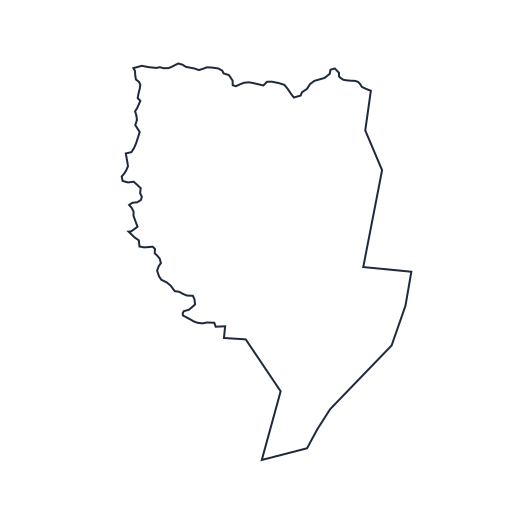 Kuala Krai, Kelantan, Malaysia, rotated 281°
{"feature_id": "92858781B31305353938168", "entity_name": "Kuala Krai", "entity_type": "district", "adm_level": 2, "iso_a3": "MYS", "parent_name": "Malaysia", "parent_adm1": "Kelantan", "projection": "albers", "projection_center": [102.231, 5.431], "detail": "fine", "context": "isolated", "style": "outline", "palette": "slate", "viewbox_px": 512, "rotation_deg": 281, "n_neighbors": 0, "source": "geoboundaries", "source_scale": "gbopen_adm2", "svg_char_len": 1998}
<svg xmlns="http://www.w3.org/2000/svg" viewBox="0 0 512 512"><g transform="rotate(281 256 256)"><path d="M255.6,126.3L251.1,133.2L249.0,138.0L243.1,139.8L243.1,144.3L244.0,147.9L245.4,152.7L243.8,155.4L239.3,156.1L237.7,158.8L235.0,162.0L230.9,164.0L227.3,162.4L222.8,161.7L217.5,164.7L214.6,167.6L213.0,173.5L210.7,177.8L208.0,180.7L206.0,183.0L206.2,187.5L204.9,191.4L204.0,195.7L204.9,201.6L201.9,203.8L196.9,205.4L195.3,204.3L190.4,200.4L188.1,195.7L186.1,195.0L183.7,195.5L180.7,205.2L180.0,206.9L179.3,211.2L179.6,216.1L181.4,220.7L182.5,227.8L178.9,229.9L181.1,239.1L169.4,240.2L172.2,261.8L127.9,306.0L56.9,300.6L77.0,342.8L97.5,349.2L119.8,358.0L194.1,406.2L235.5,412.2L270.2,411.5L265.6,363.4L364.3,363.4L400.1,339.3L440.1,337.2L441.1,331.9L442.2,327.6L444.3,325.8L446.4,323.0L446.8,319.8L446.1,315.2L445.7,311.0L445.7,307.8L447.1,304.6L448.2,303.2L451.7,302.5L455.1,297.6L453.1,293.6L448.9,293.6L443.9,289.4L439.0,279.8L435.1,276.3L429.8,274.2L425.5,269.9L422.0,269.2L418.8,262.9L421.6,259.7L426.2,255.1L429.4,251.2L430.1,245.5L430.1,238.1L429.1,233.5L424.8,230.7L425.2,220.8L425.2,216.2L423.8,211.2L421.6,207.7L418.8,203.8L419.2,200.6L423.8,199.5L428.4,194.9L429.1,189.3L431.5,187.5L432.9,183.3L432.6,177.2L431.9,171.9L429.8,168.4L427.6,164.5L428.3,159.9L428.3,154.6L428.3,151.1L429.8,147.2L430.1,142.9L425.2,136.6L423.7,134.1L422.7,129.5L423.0,125.6L421.6,122.4L420.9,114.6L420.9,111.1L420.9,107.6L417.0,99.8L414.5,101.9L410.3,103.0L406.4,104.4L404.6,107.9L402.2,109.7L398.6,110.0L394.0,109.7L388.4,109.7L386.2,112.9L378.5,111.1L374.9,109.7L371.0,111.8L366.8,113.2L361.5,112.5L355.5,118.2L343.8,116.8L338.8,115.7L334.2,113.9L331.8,108.6L323.6,111.8L319.7,113.2L315.1,112.2L311.6,110.8L308.4,109.0L304.2,110.8L303.8,116.4L305.6,121.7L303.5,125.3L302.1,127.4L300.6,129.9L295.7,130.2L292.2,132.7L289.0,132.3L286.1,129.2L284.7,124.6L281.9,121.7L279.4,124.9L276.2,127.4L272.0,128.1L262.1,134.1L256.4,128.8L255.7,126.7L255.6,126.3Z" fill="none" stroke="#1e293b" stroke-width="2"/></g></svg>